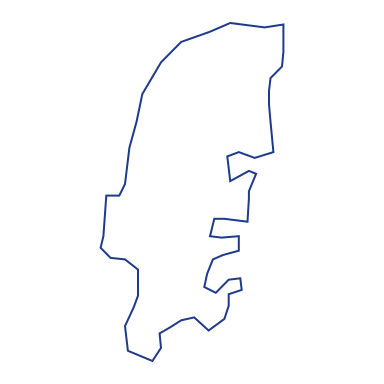 Dong-gu [East District], Ulsan, South Korea (Natural Earth projection)
{"feature_id": "91817680B33034423068968", "entity_name": "Dong-gu [East District]", "entity_type": "district", "adm_level": 2, "iso_a3": "KOR", "parent_name": "South Korea", "parent_adm1": "Ulsan", "projection": "natural_earth1", "projection_center": [129.43, 35.518], "detail": "fine", "context": "isolated", "style": "outline", "palette": "blue", "viewbox_px": 384, "rotation_deg": 0, "n_neighbors": 0, "source": "geoboundaries", "source_scale": "gbopen_adm2", "svg_char_len": 860}
<svg xmlns="http://www.w3.org/2000/svg" viewBox="0 0 384 384"><path d="M106.3,195.6L103.4,236.2L100.6,247.8L110.6,257.9L125.0,259.4L138.0,269.6L138.0,295.7L133.7,307.3L125.0,326.1L127.9,350.8L152.4,361.0L161.0,347.9L159.6,333.4L169.7,327.6L181.2,320.3L194.2,317.4L208.6,330.5L224.4,318.9L228.7,305.8L228.7,294.2L241.7,289.9L240.3,278.3L228.7,279.7L215.8,292.8L204.3,287.0L207.1,273.9L212.9,259.4L223.0,255.0L238.8,250.7L238.8,236.2L221.5,237.6L210.0,236.2L214.3,218.8L224.4,218.8L247.5,221.7L248.9,198.5L248.9,191.2L256.1,173.8L248.9,170.9L230.2,181.1L227.3,156.4L238.8,152.1L254.7,157.9L273.4,152.1L270.5,121.6L269.0,104.2L269.0,91.2L270.5,78.1L282.0,66.5L283.4,52.0L283.4,24.5L264.7,27.4L230.2,23.0L210.0,31.7L181.2,41.9L161.1,62.2L142.3,94.1L136.6,121.6L129.4,147.7L125.0,184.0L119.3,195.6L106.3,195.6Z" fill="none" stroke="#1e3a8a" stroke-width="2"/></svg>